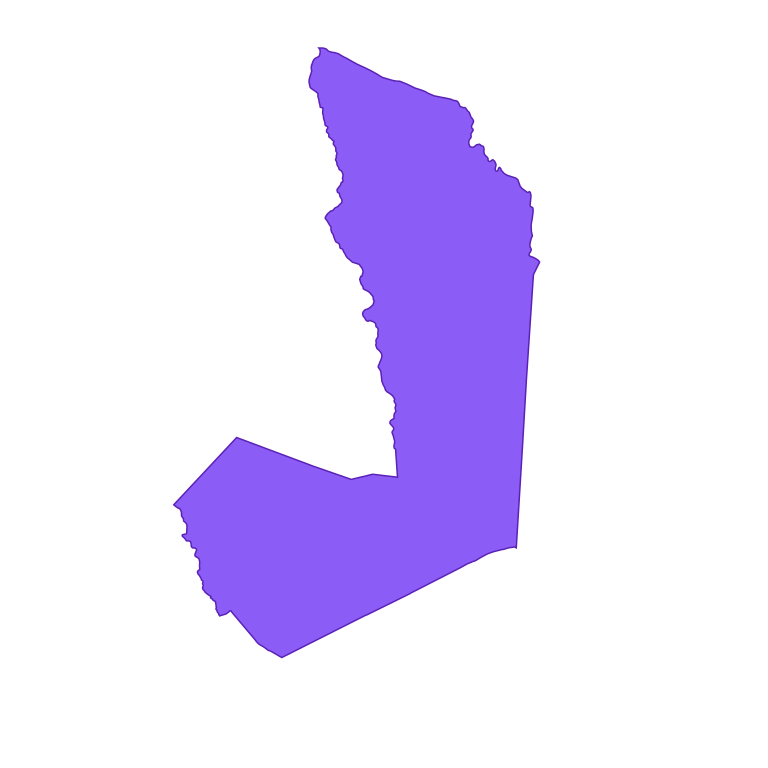 outline of Chicualacuala, Gaza, Mozambique, rotated 201°
{"feature_id": "85939544B15867606683535", "entity_name": "Chicualacuala", "entity_type": "district", "adm_level": 2, "iso_a3": "MOZ", "parent_name": "Mozambique", "parent_adm1": "Gaza", "projection": "orthographic", "projection_center": [32.034, -22.729], "detail": "fine", "context": "isolated", "style": "filled", "palette": "violet", "viewbox_px": 768, "rotation_deg": 201, "n_neighbors": 0, "source": "geoboundaries", "source_scale": "gbopen_adm2", "svg_char_len": 6163}
<svg xmlns="http://www.w3.org/2000/svg" viewBox="0 0 768 768"><g transform="rotate(201 384 384)"><path d="M537.0,195.9L535.2,195.2L531.5,194.3L530.2,194.4L529.0,193.7L528.3,193.0L527.2,191.7L525.7,188.3L524.6,187.4L523.2,186.6L522.0,184.4L521.6,184.1L519.6,183.5L517.9,182.3L516.7,180.0L514.7,173.7L514.9,173.1L517.1,171.8L518.2,170.9L518.1,170.2L517.8,169.7L516.2,169.0L515.0,168.7L512.3,166.8L509.7,167.6L508.5,167.5L508.0,167.3L507.6,166.7L506.7,165.5L505.7,163.3L505.0,162.8L504.1,162.4L502.1,163.0L500.9,163.0L499.9,162.5L499.4,161.9L499.5,157.7L499.2,156.4L498.8,155.9L498.1,155.4L495.6,155.1L493.9,154.3L492.4,152.0L490.8,147.5L489.6,145.0L489.6,144.4L490.3,143.7L490.9,142.4L490.6,141.2L489.7,140.1L487.7,139.0L484.9,136.8L484.3,135.7L482.6,135.2L482.2,134.9L482.0,134.1L481.9,132.5L481.0,131.7L480.6,131.1L480.5,130.7L480.4,128.8L479.9,127.9L479.0,127.1L477.9,126.8L476.8,125.8L476.0,125.4L472.9,124.3L469.5,123.7L469.5,122.5L469.1,122.1L467.0,121.6L465.9,120.8L465.3,120.7L463.5,120.6L461.3,116.9L461.0,116.0L460.4,115.5L460.4,114.2L460.2,113.7L459.9,113.3L459.1,113.3L458.7,112.4L457.9,111.4L456.2,110.5L455.7,109.7L454.4,108.6L449.3,112.5L448.8,113.1L446.3,117.1L446.1,117.3L445.3,117.2L443.9,116.2L412.5,98.9L411.0,97.9L408.2,96.5L406.4,96.1L402.1,95.4L396.7,93.9L394.3,94.0L381.4,92.0L319.4,160.3L316.7,162.9L284.7,197.5L284.1,198.4L247.1,239.6L241.9,245.8L237.4,250.1L235.5,251.6L230.7,257.7L226.5,262.5L221.9,266.5L214.7,271.6L213.2,272.4L209.1,275.6L203.6,278.7L201.8,278.4L231.3,372.1L252.7,439.4L283.7,539.7L282.4,553.5L283.6,554.4L285.2,555.0L289.2,555.7L293.7,555.7L294.7,556.1L295.2,557.7L294.6,559.7L294.6,562.1L295.4,563.2L296.9,564.5L297.8,566.5L298.5,570.5L298.7,573.5L298.5,575.4L301.0,579.1L303.3,584.4L304.0,586.7L304.8,591.2L306.6,598.4L307.4,600.5L308.5,602.0L310.8,602.2L311.3,602.5L311.6,603.0L314.1,612.1L314.6,613.1L316.1,615.3L317.1,615.7L318.2,614.5L319.0,614.3L321.8,615.0L325.7,616.2L327.9,617.6L332.2,622.6L332.7,622.9L334.9,623.5L343.4,623.0L346.5,623.4L348.0,623.9L351.5,625.8L351.9,626.7L353.5,627.6L354.0,627.4L354.3,626.7L354.4,625.6L354.2,624.2L354.3,623.6L354.8,623.1L355.7,622.9L356.5,623.6L357.3,624.6L357.9,628.7L358.4,629.5L359.8,630.9L360.5,631.6L362.7,632.4L363.4,631.8L364.2,630.4L364.7,629.9L365.3,629.6L366.2,629.5L367.1,630.2L367.5,631.5L367.9,632.0L369.5,633.0L372.1,634.1L372.9,634.9L373.8,636.3L374.3,637.5L374.6,638.7L375.2,639.9L376.1,641.1L376.9,641.5L378.4,641.2L379.7,641.9L381.0,642.0L383.4,640.4L384.8,637.8L385.8,636.9L387.0,636.5L388.9,636.5L390.8,638.6L391.8,640.9L391.8,642.9L391.1,645.2L391.6,647.0L392.4,648.0L392.4,649.1L391.7,652.7L392.2,653.7L393.7,654.4L394.5,655.5L394.7,656.4L394.4,660.0L394.5,661.1L394.9,661.9L396.2,663.1L398.6,664.5L399.4,665.5L401.7,668.1L403.7,668.8L406.4,670.7L407.6,671.1L409.0,670.4L412.5,670.4L414.7,672.8L415.9,673.7L417.3,674.3L419.6,674.0L420.6,673.6L421.5,673.8L424.0,673.8L440.4,671.0L447.0,671.2L450.5,671.8L455.0,671.8L461.0,671.4L470.3,672.2L477.3,672.3L478.5,672.1L481.0,671.2L484.9,670.5L494.7,669.7L496.6,669.8L501.5,670.8L507.0,671.6L514.0,672.3L524.5,673.0L535.2,674.6L540.1,675.1L544.9,676.0L548.7,675.7L551.8,675.0L554.6,674.8L555.4,674.9L557.7,676.0L560.1,676.0L561.9,675.6L565.3,674.3L563.8,673.4L562.6,671.3L562.1,669.1L562.0,667.1L562.6,665.9L564.9,663.4L565.6,662.0L565.9,660.3L565.8,655.9L566.2,656.2L565.7,655.4L565.5,653.7L565.1,652.8L563.8,650.5L563.5,649.4L563.3,644.6L562.9,641.1L562.1,638.8L559.4,634.7L558.2,633.9L552.8,632.6L549.9,631.6L548.6,628.5L546.5,625.8L545.2,623.3L544.1,622.0L542.8,619.6L542.4,619.5L541.4,619.6L540.7,619.9L539.9,619.7L538.4,614.9L536.8,612.8L535.7,610.5L533.2,607.3L532.5,606.2L531.9,604.8L531.3,604.3L530.1,604.2L528.5,603.7L528.2,602.7L528.6,600.9L528.3,599.4L527.9,598.7L525.6,597.8L524.8,596.9L524.1,595.0L520.6,593.8L519.3,592.9L518.7,593.1L517.6,592.5L517.6,590.6L517.3,589.8L514.1,587.7L513.7,587.2L512.4,584.2L511.0,583.1L510.7,582.6L510.4,581.7L510.4,579.9L509.7,578.4L509.7,576.3L509.5,575.8L507.8,574.4L506.3,571.7L504.0,569.9L502.9,568.4L502.1,568.0L500.4,567.8L498.6,566.4L497.4,565.0L496.8,563.3L496.4,560.8L495.4,559.7L495.0,558.6L495.2,557.6L495.7,557.4L496.1,556.9L495.9,554.4L497.3,549.6L497.5,548.6L496.9,547.4L496.2,546.4L494.0,545.9L492.2,543.2L489.7,541.3L488.7,539.5L488.5,538.8L488.6,537.8L489.8,535.5L490.4,533.7L491.5,532.2L493.0,530.5L494.0,527.6L495.1,526.7L495.8,526.4L497.0,523.9L497.6,522.9L498.5,519.5L498.4,518.2L498.0,517.3L496.1,516.4L491.9,513.0L489.8,511.7L488.9,509.2L487.8,507.6L487.0,506.7L485.0,505.4L483.9,503.7L480.2,499.7L479.0,499.3L477.5,499.1L476.1,498.6L475.3,497.9L474.4,496.1L473.6,495.2L473.1,495.1L471.3,495.1L470.7,494.7L468.8,492.8L467.1,491.6L465.5,490.0L464.0,489.0L463.1,488.5L460.7,487.8L457.2,486.4L450.2,486.8L449.3,486.4L448.1,485.4L446.4,484.6L444.5,482.6L443.7,481.0L443.4,478.2L443.4,476.5L444.2,476.2L444.2,473.0L441.7,469.7L440.4,468.6L438.5,467.3L437.7,465.8L437.2,465.4L436.6,465.2L432.1,464.8L430.4,464.3L425.6,461.7L424.1,458.9L423.4,458.4L423.2,458.4L422.9,457.5L422.8,455.5L422.6,455.2L422.7,454.0L423.7,451.8L425.5,448.9L426.6,447.8L427.9,446.9L428.7,445.8L429.3,443.8L429.3,442.5L428.9,441.4L427.6,439.8L425.4,438.6L424.2,437.4L422.6,436.7L421.2,437.0L420.6,437.5L420.4,438.1L420.1,438.2L416.3,438.3L414.0,437.8L412.9,436.4L412.0,434.7L410.4,434.2L409.4,433.4L408.9,432.5L407.7,428.6L406.7,426.4L406.7,425.0L407.2,423.4L407.1,422.1L406.9,421.0L406.1,420.0L405.9,419.5L405.7,417.7L405.5,417.2L403.5,414.8L402.6,414.3L400.6,413.6L398.1,412.2L396.8,410.9L396.2,409.9L395.8,408.6L395.5,406.2L395.7,403.3L395.6,401.0L395.8,398.8L395.4,397.6L392.7,395.7L391.7,394.7L390.9,393.5L386.9,385.7L384.3,382.8L382.2,381.1L380.5,378.9L378.5,377.8L374.8,377.1L371.8,376.1L368.7,373.9L368.5,371.9L367.8,370.8L366.5,370.0L365.6,369.1L365.2,368.0L365.2,365.9L363.0,362.4L363.8,360.1L363.2,357.6L362.3,355.5L364.1,353.1L364.7,352.0L364.8,350.8L364.5,349.6L363.8,349.0L360.3,347.2L359.6,346.7L358.8,345.5L358.7,344.5L359.3,342.8L359.0,341.4L356.9,339.1L353.6,334.5L353.3,333.8L352.4,329.3L351.4,327.7L349.8,327.2L338.0,301.8L362.2,295.7L380.4,283.2L420.4,281.9L502.4,281.2L537.0,195.9Z" fill="#8b5cf6" stroke="#5b21b6" stroke-width="1.5"/></g></svg>